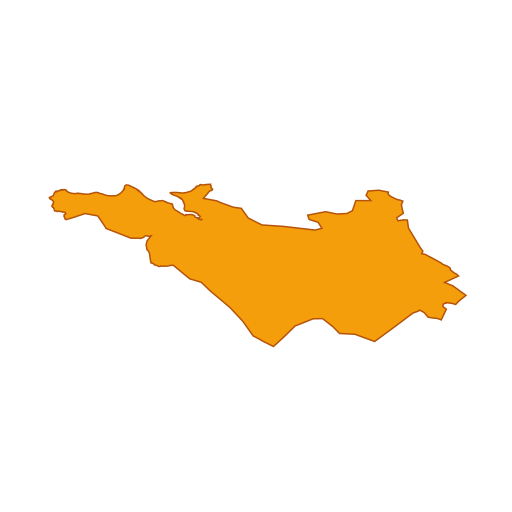 Lærdal nor, Sogn og Fjordane, Norway (Robinson projection), rotated 10°
{"feature_id": "86288312B68265317088275", "entity_name": "Lærdal nor", "entity_type": "district", "adm_level": 2, "iso_a3": "NOR", "parent_name": "Norway", "parent_adm1": "Sogn og Fjordane", "projection": "robinson", "projection_center": [7.33, 61.039], "detail": "fine", "context": "isolated", "style": "filled", "palette": "amber", "viewbox_px": 512, "rotation_deg": 10, "n_neighbors": 0, "source": "geoboundaries", "source_scale": "gbopen_adm2", "svg_char_len": 5964}
<svg xmlns="http://www.w3.org/2000/svg" viewBox="0 0 512 512"><g transform="rotate(10 256 256)"><path d="M387.7,319.6L405.3,301.1L420.6,284.8L425.3,282.2L426.0,281.3L426.1,280.9L425.9,280.7L431.3,282.4L436.2,286.4L441.5,286.3L444.6,286.0L448.3,286.4L449.5,286.8L452.7,275.3L450.1,274.0L448.8,273.1L448.6,271.0L450.0,270.0L450.9,269.6L451.3,269.5L451.2,269.1L451.3,268.9L457.4,268.6L461.0,269.1L463.5,265.3L469.6,258.3L455.0,251.2L446.3,249.3L458.9,240.5L457.7,239.7L457.2,239.3L453.8,238.1L452.5,237.4L449.9,235.9L449.6,234.6L449.1,234.1L448.5,233.7L445.8,232.7L441.4,231.8L439.6,230.7L422.2,225.0L418.8,224.9L419.5,222.3L416.3,219.2L401.3,202.0L398.8,194.3L394.7,194.8L394.5,195.2L393.9,195.3L393.5,195.6L392.2,195.6L391.9,195.9L391.1,196.1L389.7,196.7L388.1,194.6L388.1,193.8L393.7,188.3L392.1,185.0L390.3,180.3L391.1,176.5L388.5,176.0L384.6,175.8L378.9,174.1L377.0,173.3L375.7,172.3L375.4,172.1L375.3,171.4L375.3,170.1L365.6,169.9L355.1,172.5L353.9,177.1L359.5,181.5L344.7,184.1L343.1,194.6L338.3,198.3L328.5,200.6L316.8,200.3L299.8,206.8L302.0,210.8L311.3,212.0L316.1,217.3L309.7,220.2L277.5,222.1L256.5,224.4L241.8,220.0L233.3,211.6L225.2,211.9L211.5,209.5L207.7,208.5L194.2,208.4L199.1,200.0L200.6,199.3L201.5,198.5L201.7,198.0L201.4,197.6L200.0,196.6L199.6,195.0L199.4,194.7L199.4,194.4L198.6,193.7L198.7,193.3L196.3,193.8L194.4,194.3L194.4,194.5L192.8,194.7L192.2,195.1L191.2,195.3L189.2,195.2L188.5,195.5L188.3,196.3L188.0,196.3L187.9,196.5L187.5,196.9L187.1,196.9L187.1,197.1L185.9,197.5L185.3,197.7L185.4,198.0L185.1,198.7L184.8,198.9L184.5,198.9L184.6,199.3L184.4,199.6L183.7,200.3L183.5,200.7L183.1,200.7L183.0,201.1L182.3,201.6L181.2,202.9L179.8,203.9L176.0,205.7L172.6,206.8L168.9,207.0L164.8,207.5L163.4,207.8L163.3,208.0L161.0,208.3L160.6,208.7L161.0,209.1L161.7,209.3L162.3,209.8L164.4,210.3L168.4,210.9L168.4,211.1L170.2,211.7L170.8,211.8L170.8,212.0L171.7,212.1L171.7,212.3L172.2,212.3L172.2,212.5L172.6,212.7L172.6,212.9L173.0,212.9L173.0,213.1L173.4,213.2L174.4,214.0L174.7,214.4L174.8,215.1L175.2,215.2L175.1,215.5L175.5,216.2L176.1,216.6L176.3,216.9L176.3,217.2L176.5,217.3L176.7,218.3L176.9,218.5L177.1,219.3L177.0,220.9L177.0,221.9L177.2,222.5L178.0,223.4L178.4,223.5L178.4,223.8L179.0,223.9L180.2,223.9L181.3,223.7L183.8,223.5L185.1,223.3L186.3,223.3L188.3,223.7L188.9,223.6L188.9,223.9L191.2,224.5L191.3,224.8L191.6,225.1L192.1,225.2L192.0,225.6L192.3,225.6L192.5,225.9L193.3,226.0L194.2,226.8L193.9,227.5L193.4,228.3L192.6,228.8L192.5,229.1L193.7,229.6L194.7,229.8L195.5,229.5L196.3,229.5L196.2,229.7L195.6,229.7L195.1,229.9L193.3,229.5L193.2,229.7L192.2,229.0L192.3,228.8L192.1,228.6L191.9,228.6L191.9,228.4L191.0,228.7L189.8,228.3L188.9,227.9L188.6,227.2L188.6,226.9L186.1,226.3L183.4,226.7L182.0,227.1L179.8,227.5L179.9,227.8L179.3,228.4L178.7,228.5L176.8,227.7L174.7,227.2L170.2,225.2L168.6,224.8L167.6,224.1L166.1,222.7L166.0,222.3L165.8,222.1L165.7,221.6L165.1,220.8L164.9,220.0L164.6,219.5L164.2,219.5L164.2,219.3L159.4,218.9L159.2,218.7L158.1,218.4L157.7,218.5L157.7,218.3L154.7,217.7L153.9,217.7L152.5,218.2L150.5,218.6L148.6,219.6L146.8,220.1L141.7,218.9L139.0,218.1L135.2,216.2L134.3,215.6L134.0,215.2L133.4,214.8L133.3,214.6L133.0,214.6L132.9,214.4L132.4,214.3L132.4,214.1L132.0,214.1L131.7,213.7L131.6,213.4L130.2,212.9L130.2,212.6L129.8,212.7L129.8,212.4L129.3,212.3L129.3,212.1L128.9,212.1L128.9,211.9L128.3,211.9L128.3,211.7L127.8,211.6L127.8,211.3L127.4,211.4L127.0,210.9L124.5,210.1L123.6,210.1L123.6,209.8L120.7,209.2L120.5,208.9L117.9,208.4L116.7,208.5L115.8,208.6L115.3,208.9L114.8,209.5L114.5,210.7L114.6,212.6L114.5,212.9L114.6,213.2L114.2,213.2L114.3,213.6L114.0,213.9L114.0,214.3L112.0,217.4L110.1,219.2L108.6,220.3L108.0,220.7L106.6,221.2L101.4,222.2L98.1,222.3L95.3,221.9L93.8,221.5L91.3,221.5L89.5,221.0L88.3,221.0L85.8,221.6L85.3,222.0L81.6,223.6L81.6,223.8L80.0,224.3L78.6,224.4L77.3,224.8L75.3,224.8L75.2,225.0L72.6,224.9L72.5,225.0L69.6,225.1L69.6,225.3L68.9,225.4L67.1,226.0L63.6,226.3L60.9,225.9L58.6,225.2L57.8,224.6L57.9,224.4L57.3,224.3L57.0,223.8L55.3,223.9L55.0,224.1L54.5,224.2L54.5,224.4L53.9,224.3L52.9,224.6L52.9,224.9L52.3,224.9L52.3,225.1L51.6,225.2L51.5,225.7L50.6,225.8L50.1,226.3L48.8,226.6L48.8,226.8L48.5,226.8L48.5,227.1L47.9,227.1L48.0,227.3L47.6,227.3L47.6,227.6L47.2,227.6L46.9,228.5L46.6,228.6L46.5,228.9L46.2,229.5L46.2,230.8L45.9,231.4L45.8,231.7L44.4,233.0L42.4,234.2L42.5,234.9L42.7,235.1L43.7,235.4L43.7,235.7L44.6,235.8L44.8,236.1L45.5,236.2L46.1,236.8L46.4,236.8L46.5,237.1L46.9,237.3L47.1,237.6L47.3,238.6L47.3,239.4L47.2,239.7L47.3,240.0L46.9,240.0L46.5,241.4L46.4,241.5L46.4,242.3L46.6,242.4L46.7,242.8L47.0,242.8L47.2,243.1L47.6,243.1L47.7,243.4L48.2,243.5L48.3,243.9L49.2,245.0L49.7,246.5L53.0,246.6L53.6,246.1L54.0,246.0L55.4,246.3L56.5,246.1L57.9,246.4L58.7,246.1L59.6,246.1L60.3,246.2L60.5,246.5L60.9,246.7L60.9,246.9L61.2,247.2L61.1,247.3L61.0,248.0L60.5,248.3L60.1,248.5L59.9,248.7L60.1,249.0L60.0,249.6L60.2,249.9L60.0,250.2L60.2,250.5L60.5,250.8L60.6,251.0L61.0,251.3L61.5,252.7L61.7,252.9L61.9,253.0L62.8,253.1L69.6,249.7L80.2,243.9L93.2,244.0L101.1,252.1L102.7,253.8L103.5,254.9L130.0,260.2L131.0,259.8L131.8,259.7L132.4,259.8L134.4,259.4L135.5,259.1L137.4,258.8L138.4,258.8L139.3,258.7L140.1,258.2L140.8,258.0L141.4,257.5L141.9,257.3L143.3,255.5L144.4,255.2L145.7,255.1L146.9,255.3L147.7,255.3L148.0,255.1L148.3,254.6L149.2,254.3L146.2,259.8L146.0,260.9L145.9,264.0L146.2,265.3L146.8,266.5L147.5,268.7L148.7,269.5L150.0,270.7L151.0,273.1L153.0,279.1L153.7,281.0L155.6,281.1L156.2,281.4L156.5,281.4L157.0,282.0L157.8,282.4L160.5,282.6L162.2,283.2L163.5,282.9L163.7,282.5L164.0,282.3L165.5,282.3L166.4,282.2L166.8,282.0L167.5,282.0L168.8,281.6L170.6,281.3L171.7,280.9L173.9,279.9L176.2,279.5L194.7,290.0L206.7,291.4L216.9,298.3L239.1,311.1L254.4,322.6L267.1,335.2L272.9,337.0L277.8,338.8L288.9,342.1L297.3,331.2L306.7,318.1L323.2,307.9L332.5,306.1L344.2,312.4L351.7,317.8L367.0,315.9L387.7,319.6Z" fill="#f59e0b" stroke="#b45309" stroke-width="1.5"/></g></svg>